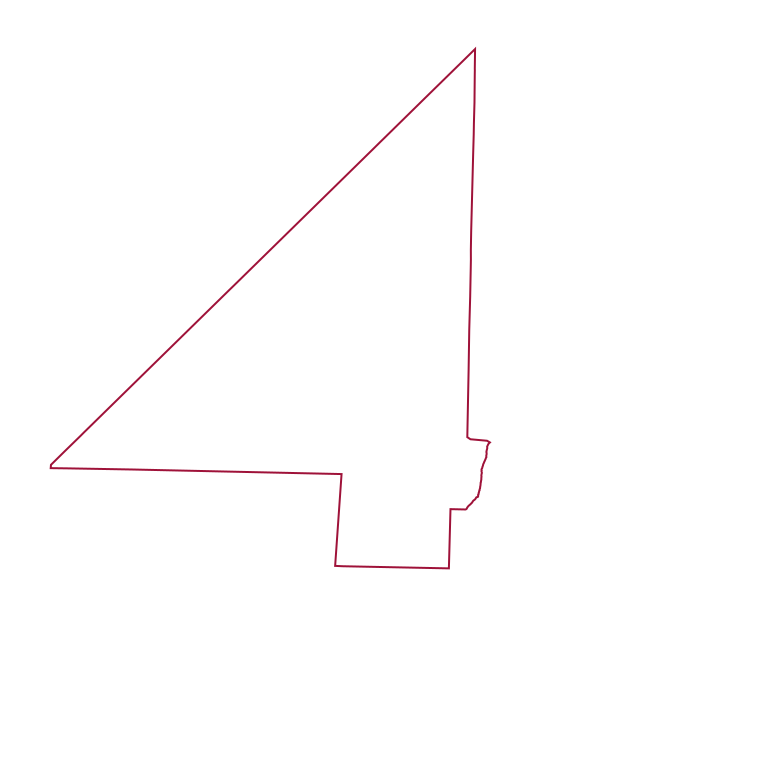 Adolfo Alsina, Buenos Aires, Argentina (Albers equal-area conic projection), rotated 46°
{"feature_id": "61730980B72509942222407", "entity_name": "Adolfo Alsina", "entity_type": "district", "adm_level": 2, "iso_a3": "ARG", "parent_name": "Argentina", "parent_adm1": "Buenos Aires", "projection": "albers", "projection_center": [-62.685, -37.171], "detail": "fine", "context": "isolated", "style": "outline", "palette": "rose", "viewbox_px": 768, "rotation_deg": 46, "n_neighbors": 0, "source": "geoboundaries", "source_scale": "gbopen_adm2", "svg_char_len": 2384}
<svg xmlns="http://www.w3.org/2000/svg" viewBox="0 0 768 768"><g transform="rotate(46 384 384)"><path d="M244.3,123.3L238.0,117.1L224.3,103.6L221.1,100.4L220.6,100.0L206.3,85.8L206.5,109.1L206.5,110.7L206.8,155.4L207.3,216.1L207.3,216.4L207.3,218.8L207.4,227.2L208.9,424.8L208.9,429.9L210.4,633.5L210.5,638.0L210.6,660.8L210.8,679.7L213.0,682.2L224.5,670.6L227.9,667.2L229.4,665.7L244.5,650.6L270.7,624.4L419.3,477.1L480.9,545.5L486.6,540.1L561.7,465.4L520.2,423.1L530.9,412.5L531.0,412.3L531.1,411.9L531.2,411.3L531.0,410.7L530.7,410.0L530.6,409.4L530.5,408.6L530.4,407.8L530.4,407.4L530.5,406.8L530.5,406.4L530.5,405.8L530.6,405.3L530.5,404.6L530.5,404.0L530.5,403.4L530.5,402.9L530.4,402.6L530.3,402.4L530.2,402.1L530.1,401.5L530.0,401.0L530.0,400.4L530.1,399.9L530.2,399.4L530.2,398.9L530.2,398.4L530.1,397.8L529.9,397.2L529.8,396.8L529.7,396.4L529.7,396.1L530.0,395.8L530.2,395.4L530.3,395.1L530.4,394.8L530.2,394.4L529.9,393.9L529.5,393.7L529.2,393.5L529.0,393.0L529.0,392.6L528.8,392.4L528.5,392.1L528.4,391.8L528.3,391.6L528.0,391.4L527.9,391.1L527.8,390.8L527.7,390.6L527.3,390.2L527.0,389.7L526.9,389.1L526.5,388.8L526.1,388.2L525.9,387.6L525.6,387.2L525.3,386.8L524.9,386.5L524.7,386.2L524.5,385.8L524.3,385.5L524.0,385.2L523.7,384.7L523.4,384.4L523.0,384.0L522.8,383.7L522.5,383.4L522.1,383.0L522.0,382.6L521.8,382.3L521.2,381.7L520.9,381.1L520.5,380.7L520.2,380.2L519.8,379.8L519.3,379.4L518.9,378.9L518.5,378.3L518.0,378.0L517.6,377.7L517.4,377.4L517.0,376.9L516.6,376.5L516.3,375.9L515.9,375.3L515.4,375.0L515.0,374.8L514.4,374.4L514.1,373.8L513.6,373.6L513.2,373.2L512.9,372.6L512.8,372.0L512.5,371.5L512.2,371.0L511.9,370.6L511.7,370.1L511.5,369.6L511.2,369.2L510.8,368.6L510.5,368.0L510.3,367.5L510.1,366.8L509.7,366.2L509.6,365.6L509.3,365.1L509.2,364.7L508.9,364.1L508.7,363.4L508.3,362.7L508.1,362.3L508.0,362.0L507.8,361.4L507.7,361.1L507.2,360.8L506.9,360.5L506.5,360.1L506.2,359.6L505.7,358.9L505.1,358.3L504.6,357.9L504.0,357.6L503.6,356.9L503.1,356.3L502.8,355.8L502.4,355.1L502.1,354.6L501.8,354.2L501.3,353.8L500.7,353.3L500.4,352.6L500.2,352.0L499.9,351.3L499.7,350.6L499.6,350.2L499.6,349.7L499.6,349.3L499.6,348.8L499.6,348.4L496.4,349.3L483.8,360.2L480.1,361.0L432.3,313.0L404.3,285.1L381.2,261.5L360.6,240.8L354.9,235.1L347.9,228.4L334.9,215.4L280.4,160.0L266.8,146.1L258.7,138.0L244.3,123.3Z" fill="none" stroke="#9f1239" stroke-width="2"/></g></svg>